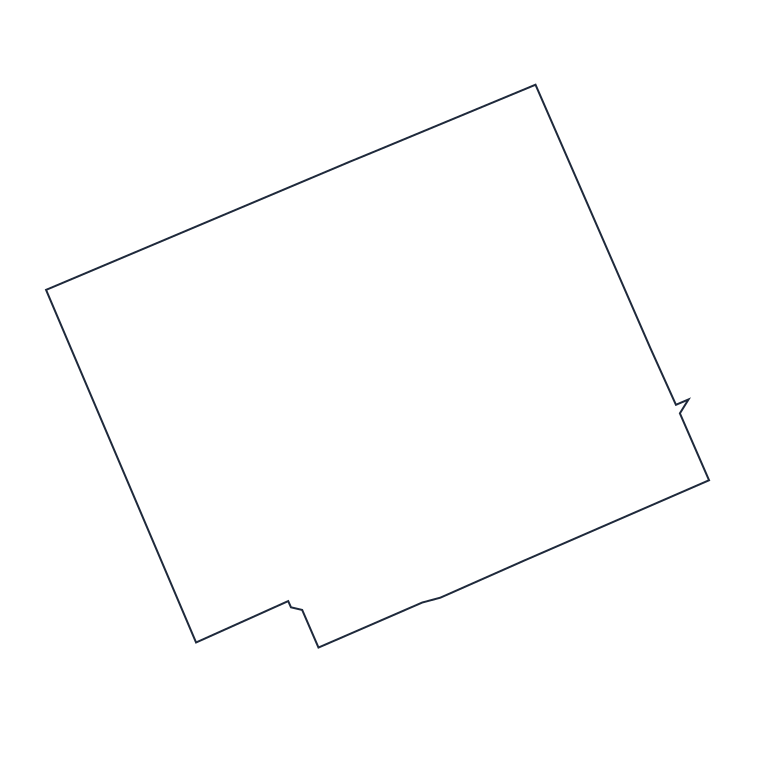 Coffee, Alabama, United States of America, rotated 247°
{"feature_id": "52423323B95617372231955", "entity_name": "Coffee", "entity_type": "district", "adm_level": 2, "iso_a3": "USA", "parent_name": "United States of America", "parent_adm1": "Alabama", "projection": "mercator", "projection_center": [-86.052, 31.4], "detail": "fine", "context": "isolated", "style": "outline", "palette": "slate", "viewbox_px": 768, "rotation_deg": 247, "n_neighbors": 0, "source": "geoboundaries", "source_scale": "gbopen_adm2", "svg_char_len": 382}
<svg xmlns="http://www.w3.org/2000/svg" viewBox="0 0 768 768"><g transform="rotate(247 384 384)"><path d="M600.3,640.4L601.7,464.5L602.0,439.0L602.7,109.7L219.5,110.0L221.6,211.0L214.8,211.1L208.0,220.4L167.0,220.7L167.9,333.9L165.3,352.3L166.7,443.9L168.4,645.6L241.4,644.9L250.8,658.3L250.8,644.6L313.3,643.2L600.3,640.4Z" fill="none" stroke="#1e293b" stroke-width="2"/></g></svg>